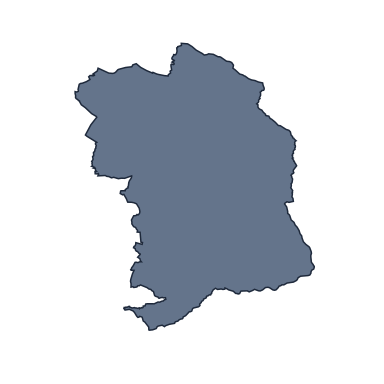 Vulcana-Bai, Dâmbovita, Romania (Robinson projection), rotated 192°
{"feature_id": "2599482B12480480579347", "entity_name": "Vulcana-Bai", "entity_type": "district", "adm_level": 2, "iso_a3": "ROU", "parent_name": "Romania", "parent_adm1": "Dâmbovita", "projection": "robinson", "projection_center": [25.367, 45.096], "detail": "fine", "context": "isolated", "style": "filled", "palette": "slate", "viewbox_px": 384, "rotation_deg": 192, "n_neighbors": 0, "source": "geoboundaries", "source_scale": "gbopen_adm2", "svg_char_len": 5974}
<svg xmlns="http://www.w3.org/2000/svg" viewBox="0 0 384 384"><g transform="rotate(192 192 192)"><path d="M233.4,335.2L232.8,333.1L236.2,331.2L236.1,330.4L236.9,329.8L235.9,326.6L236.0,324.3L236.4,323.2L236.6,322.8L238.5,322.6L238.3,321.5L238.8,321.0L239.4,319.4L239.5,318.6L239.0,317.7L236.6,317.0L236.7,316.5L237.9,315.8L238.6,314.9L236.7,314.5L236.3,314.1L236.2,313.1L236.8,312.7L238.4,313.0L239.0,312.4L238.8,310.9L237.3,307.2L237.3,306.8L238.4,306.0L238.5,305.5L237.7,303.9L239.5,301.9L239.5,300.5L243.1,300.1L249.3,300.0L251.2,300.1L255.1,300.9L255.3,300.1L261.6,301.3L268.1,303.2L273.2,305.9L276.3,304.1L276.9,302.0L282.8,300.0L289.1,296.8L289.9,296.2L291.6,293.3L292.7,292.2L294.2,291.5L298.1,291.0L309.6,293.6L309.8,290.7L313.5,286.7L312.0,286.3L311.7,285.8L312.8,285.1L315.9,284.8L317.0,283.2L315.2,280.8L318.2,278.0L321.9,275.6L323.6,275.0L324.7,273.9L324.8,268.7L324.3,267.9L324.2,266.8L325.6,265.8L327.2,265.9L326.8,264.0L325.9,262.2L325.5,260.0L324.6,259.2L322.9,258.6L322.1,257.8L321.0,257.7L320.8,257.1L318.4,254.3L313.9,252.3L306.5,247.8L301.3,246.0L300.7,245.3L304.9,236.7L308.1,225.6L306.2,224.6L295.5,220.8L296.6,219.7L296.2,218.4L295.4,217.8L295.2,217.2L295.5,216.2L295.2,214.7L295.7,214.1L295.7,211.2L296.4,210.6L296.6,210.0L295.8,207.6L295.8,206.8L296.6,206.2L296.6,205.8L295.8,204.1L295.6,203.0L296.5,201.0L295.7,200.2L295.8,199.1L294.8,197.0L295.5,196.3L292.3,195.8L292.1,195.5L293.0,194.9L291.4,194.8L290.9,193.2L289.7,192.3L291.1,191.8L290.5,189.7L288.5,190.0L287.4,190.6L287.0,189.9L287.4,188.2L280.3,190.1L278.6,189.6L276.4,189.8L273.8,189.1L271.6,190.1L266.8,189.7L264.0,190.8L260.7,191.4L254.4,195.2L254.2,194.4L254.4,192.7L255.5,190.1L255.8,188.0L255.5,184.6L255.8,183.8L255.4,182.8L256.4,182.1L257.8,180.3L257.6,179.4L261.8,178.4L262.0,178.0L261.9,175.6L259.2,174.8L258.2,175.5L254.8,171.7L252.8,168.7L248.9,169.4L246.4,169.4L243.8,168.9L240.3,165.2L239.0,162.3L238.8,160.6L239.6,158.7L240.2,158.3L241.1,158.6L241.9,157.3L244.1,156.6L245.4,152.0L244.5,150.0L244.2,148.3L241.9,146.0L239.8,145.6L238.6,144.1L237.3,143.2L237.3,141.4L234.4,141.8L231.5,132.3L229.9,132.3L229.9,130.4L236.4,130.8L236.2,128.8L236.6,127.3L237.4,126.7L237.6,125.3L235.9,124.9L235.2,123.5L234.1,122.5L233.0,122.5L231.0,120.9L229.9,120.7L229.7,120.2L231.6,116.9L229.1,115.9L228.2,114.1L227.0,113.2L228.5,112.9L230.2,111.7L232.2,111.7L233.1,111.3L234.1,107.9L235.3,105.2L235.3,104.0L235.8,103.4L235.3,102.8L232.4,103.3L233.2,99.7L233.7,93.8L233.6,91.9L232.5,89.5L231.9,86.3L230.1,87.1L229.1,86.5L226.5,87.5L225.9,88.0L226.0,88.3L225.4,89.1L224.1,89.3L223.1,90.4L215.9,89.1L214.2,88.2L211.9,88.1L210.9,87.2L209.0,86.6L207.0,82.9L205.8,82.4L203.5,82.2L202.6,81.3L201.8,81.3L200.9,82.0L199.1,82.7L198.0,82.5L196.0,83.1L195.3,81.5L196.5,80.9L197.4,79.5L199.0,78.8L200.7,77.5L202.4,77.3L205.7,74.8L212.5,73.4L214.0,72.8L214.2,70.9L216.0,70.3L215.9,68.8L216.9,68.2L217.5,68.4L219.1,66.9L219.5,67.7L221.2,66.8L222.6,67.0L223.5,66.7L224.1,67.0L226.4,66.1L229.1,66.5L229.3,67.1L229.8,67.1L231.6,65.7L232.7,65.7L232.9,65.0L234.3,65.0L234.5,64.0L233.0,62.6L228.8,64.2L224.9,63.4L223.2,62.2L220.3,59.1L218.9,58.1L217.9,58.5L217.3,59.5L215.1,59.3L214.6,59.0L212.9,55.7L211.0,54.9L206.3,50.9L205.5,48.1L204.9,48.0L201.8,49.0L198.6,51.0L198.0,53.1L197.1,53.9L193.5,55.5L190.9,54.6L190.1,55.7L186.6,57.9L181.7,59.9L181.7,60.8L181.1,61.7L178.9,62.8L178.1,64.2L176.7,65.3L175.0,66.0L174.7,66.6L174.6,68.0L172.5,69.7L169.7,74.4L168.8,74.5L167.5,75.4L167.2,77.9L166.5,78.8L161.7,81.1L161.0,82.0L160.6,82.6L161.2,83.9L161.0,84.5L160.0,85.7L159.9,87.0L158.7,88.0L158.3,89.1L158.4,89.7L156.3,91.2L156.0,91.8L156.2,92.6L155.7,93.4L154.9,93.6L153.7,95.0L152.4,95.2L152.3,96.1L151.7,96.7L151.8,98.0L150.9,100.7L149.0,102.7L146.8,102.0L143.3,103.2L141.5,103.1L139.7,103.8L139.8,105.0L137.1,104.4L136.0,103.9L130.9,103.5L128.3,101.9L126.0,102.1L125.7,101.8L124.3,102.5L123.6,105.1L123.3,105.3L117.4,106.8L115.3,106.2L112.2,108.3L110.6,109.8L106.4,109.2L104.7,109.4L102.6,110.9L100.3,113.8L97.9,114.6L96.3,114.5L92.4,113.0L90.6,113.1L89.3,113.9L87.8,116.4L87.2,118.1L85.8,118.7L84.8,119.9L82.8,120.3L80.1,122.7L74.0,125.0L71.4,127.2L70.8,128.3L70.4,130.2L68.3,132.2L61.1,134.4L59.5,135.3L58.8,137.3L59.0,138.7L58.6,140.4L56.9,142.0L56.8,144.0L57.0,144.8L57.8,145.3L58.4,146.2L60.6,148.1L62.3,153.3L62.6,155.0L62.4,156.9L63.1,158.6L65.3,162.0L66.2,162.8L69.7,164.4L72.7,166.5L74.8,169.9L75.6,171.9L77.7,173.7L79.2,176.5L81.9,179.5L84.2,181.1L85.9,183.5L89.2,185.3L91.5,189.3L92.4,190.2L93.9,190.9L94.4,193.0L96.3,197.1L99.0,199.6L98.9,200.2L97.1,202.2L95.0,202.0L90.9,203.9L91.9,206.7L93.2,208.0L93.4,211.1L94.0,211.8L93.6,212.4L93.9,213.1L93.8,214.3L96.3,216.7L96.1,217.1L96.2,219.1L96.8,220.8L96.2,221.5L96.1,222.4L96.3,225.6L97.6,227.3L97.7,228.0L98.7,229.0L97.9,230.0L98.0,230.4L97.6,230.9L96.9,231.1L96.4,232.0L97.3,233.4L97.4,234.5L95.1,239.4L96.7,241.3L97.5,241.9L98.1,242.9L98.8,243.2L98.9,243.9L100.8,245.6L100.1,246.3L100.9,246.7L101.2,248.5L101.6,248.7L101.3,249.3L101.6,249.7L101.4,250.5L100.8,250.9L101.4,252.8L101.2,253.8L100.1,255.1L100.7,256.5L100.3,257.1L100.3,257.9L100.6,258.9L101.5,259.5L101.3,260.3L101.9,261.8L101.4,263.5L100.9,263.8L103.0,265.0L103.6,265.7L104.8,266.0L105.2,267.1L106.9,268.3L108.3,271.3L110.1,272.5L113.1,272.8L119.4,275.2L121.4,275.0L125.0,277.5L129.4,279.8L130.8,280.1L132.7,282.2L135.5,282.1L136.0,282.4L136.2,283.3L138.9,284.9L140.7,286.6L143.3,287.2L144.6,288.1L145.2,288.9L145.6,291.0L147.1,291.7L145.7,293.6L145.6,294.6L146.0,295.7L144.9,297.5L145.6,298.0L145.0,300.8L145.5,303.0L146.1,303.8L145.0,305.0L144.8,305.8L143.1,306.4L142.8,307.2L143.0,308.6L144.6,311.1L145.6,313.4L149.9,313.4L153.6,314.1L157.0,314.0L160.3,314.6L164.2,316.4L165.0,316.4L166.7,317.1L169.9,317.3L175.1,320.4L177.7,321.6L177.8,324.7L180.1,326.9L182.3,327.4L185.4,327.1L192.0,329.9L193.4,330.0L194.6,329.7L199.8,331.1L204.5,330.6L205.7,329.6L208.5,328.5L210.5,329.5L217.3,331.6L222.3,334.3L227.0,336.0L233.4,335.2Z" fill="#64748b" stroke="#1e293b" stroke-width="1.5"/></g></svg>